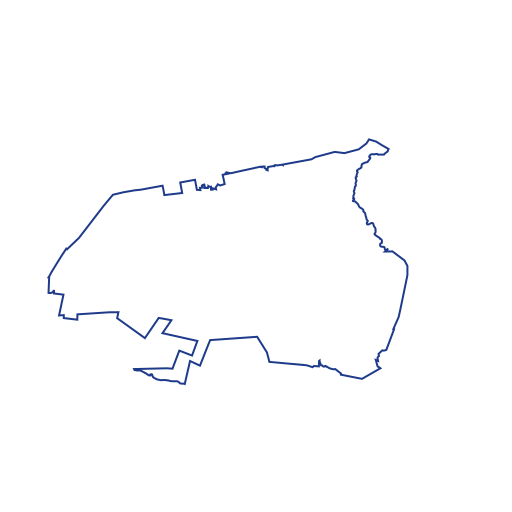 outline of Lerdo, Durango, Mexico, rotated 302°
{"feature_id": "50627088B11643703419483", "entity_name": "Lerdo", "entity_type": "district", "adm_level": 2, "iso_a3": "MEX", "parent_name": "Mexico", "parent_adm1": "Durango", "projection": "mercator", "projection_center": [-103.587, 25.471], "detail": "fine", "context": "isolated", "style": "outline", "palette": "blue", "viewbox_px": 512, "rotation_deg": 302, "n_neighbors": 0, "source": "geoboundaries", "source_scale": "gbopen_adm2", "svg_char_len": 5867}
<svg xmlns="http://www.w3.org/2000/svg" viewBox="0 0 512 512"><g transform="rotate(302 256 256)"><path d="M338.4,344.8L338.9,344.9L339.3,344.8L340.3,344.4L340.6,344.2L341.0,343.8L342.0,343.3L342.3,343.0L342.6,342.6L343.3,341.5L343.6,340.7L343.7,340.4L344.0,339.9L345.2,338.7L345.6,338.0L345.7,337.4L345.6,337.1L345.4,336.7L344.6,336.1L342.3,334.6L342.0,334.2L341.9,333.9L341.8,333.5L342.0,333.0L342.2,332.8L342.8,332.5L343.6,332.3L344.8,332.3L345.0,332.2L345.7,330.3L345.9,330.1L346.7,329.4L347.5,328.6L347.7,328.2L348.1,327.7L349.1,326.9L349.8,326.1L350.2,325.6L350.4,325.2L350.4,324.5L350.6,324.0L350.7,323.4L350.8,323.3L351.6,323.0L352.1,322.2L352.2,321.1L352.3,319.9L352.2,318.6L352.3,318.0L352.8,316.8L353.5,315.8L354.0,315.1L354.2,314.4L354.3,313.4L354.5,313.0L354.7,312.0L354.8,311.3L354.7,311.0L354.1,309.6L354.0,309.2L354.3,308.9L355.1,309.1L356.2,309.1L356.5,309.0L356.7,308.8L356.7,308.7L356.3,308.1L356.3,307.9L357.5,307.4L358.1,307.1L358.7,306.7L359.1,306.6L359.4,306.5L361.3,306.3L361.6,306.0L362.1,305.3L362.5,304.9L362.8,304.6L363.4,304.4L364.1,304.5L364.3,304.4L364.8,304.1L365.6,303.9L366.9,303.3L367.3,303.2L368.2,303.4L368.5,303.4L369.2,303.0L370.0,302.2L370.4,301.9L371.4,301.6L372.5,301.5L373.1,301.3L373.7,300.7L374.0,300.2L375.2,299.0L375.3,299.0L375.6,298.9L375.9,299.0L376.2,299.2L376.5,299.3L376.9,299.2L377.0,299.2L377.3,298.7L377.7,298.5L379.7,297.9L380.7,297.9L381.0,297.7L381.4,296.7L381.8,296.4L382.0,296.4L382.9,296.6L384.6,297.3L385.1,297.7L386.3,298.3L386.7,298.3L387.4,298.3L388.0,297.8L389.0,297.5L389.9,297.2L390.1,297.2L391.3,297.9L392.6,298.7L394.6,300.6L395.2,300.8L399.3,301.1L399.6,301.0L400.0,300.7L400.0,299.8L400.0,299.6L400.1,299.4L400.3,299.3L400.7,299.2L401.0,299.3L401.7,299.3L402.2,299.4L402.7,299.5L403.7,300.3L404.2,301.1L404.8,302.4L405.2,302.7L405.6,303.1L406.5,304.2L406.7,304.7L406.8,304.9L406.6,305.6L406.7,305.9L407.0,306.3L409.0,309.5L409.8,310.8L410.6,310.8L414.2,312.1L414.5,312.2L415.2,312.1L415.4,312.0L415.7,311.8L416.4,311.7L417.0,311.7L416.8,306.2L416.7,304.6L416.7,297.3L414.8,290.1L409.9,290.0L400.9,286.6L390.1,276.5L386.0,267.6L371.3,253.9L367.4,251.8L347.7,230.2L347.3,230.5L347.3,230.4L347.6,230.2L344.2,226.1L343.6,224.8L343.5,224.7L343.2,224.3L342.9,224.2L343.1,224.1L342.9,223.8L342.4,224.1L338.4,219.6L338.0,219.2L338.6,218.8L336.0,219.7L335.2,220.0L334.8,220.4L334.7,220.1L334.6,219.1L335.4,218.9L335.2,218.0L335.2,216.6L335.7,216.1L335.9,216.1L336.4,215.9L335.6,214.4L334.6,214.1L334.5,213.3L334.2,213.4L334.1,212.8L333.8,212.2L331.9,210.2L330.3,208.5L330.0,208.2L329.9,208.2L319.5,197.5L318.2,196.2L314.0,192.0L312.7,190.5L311.3,186.9L311.3,186.7L310.9,186.8L310.5,186.6L310.5,187.5L310.4,187.8L310.4,188.1L307.2,184.7L300.4,191.3L296.8,188.2L296.8,187.6L296.5,185.6L295.3,185.7L292.7,185.5L291.4,186.8L290.4,183.2L290.1,183.2L289.3,184.0L288.4,182.7L290.9,181.1L290.1,180.1L290.1,178.9L289.9,179.1L289.8,178.8L289.4,179.0L289.2,178.9L288.9,178.6L288.1,179.1L286.4,176.3L287.6,175.3L287.9,175.6L288.3,175.2L288.1,175.1L289.1,174.2L287.9,173.1L287.1,172.8L285.5,174.2L284.1,172.3L282.4,173.9L280.8,170.8L288.3,163.9L278.2,152.8L270.3,160.0L259.1,146.0L264.7,140.9L266.1,139.5L251.3,123.3L247.4,118.3L239.6,109.6L232.1,102.2L217.6,100.2L177.6,96.3L161.5,92.2L161.7,91.2L156.4,91.1L154.3,91.0L145.9,91.0L134.4,91.1L129.8,91.4L128.0,91.4L128.3,91.9L114.8,99.6L115.3,100.8L115.7,101.2L116.0,101.7L116.4,101.9L116.8,102.3L117.2,102.6L118.3,102.8L118.9,102.9L119.4,102.9L120.1,102.7L117.2,104.6L121.2,113.2L101.2,120.5L104.0,124.3L101.5,125.9L107.3,138.2L111.9,135.5L130.6,161.5L135.4,169.1L129.7,171.2L127.5,205.3L151.9,206.3L153.7,210.6L156.7,218.3L141.0,217.6L152.9,251.3L137.7,254.5L135.1,241.1L116.2,244.9L113.6,240.0L95.5,212.5L95.1,213.1L95.0,213.3L95.0,213.7L95.5,214.6L95.7,215.4L95.9,215.9L97.0,217.3L97.1,217.7L97.7,219.1L97.8,220.1L98.0,222.9L98.0,224.0L98.2,224.6L98.2,224.8L98.1,225.3L98.0,227.5L98.0,227.9L98.2,229.0L98.6,229.5L98.8,229.5L99.1,229.5L99.6,229.2L100.0,229.7L100.2,229.8L100.3,229.9L100.5,230.3L100.5,230.5L100.4,230.7L100.0,230.9L99.7,231.2L99.6,231.4L99.6,231.7L99.4,232.0L98.9,232.4L98.8,232.6L98.8,233.3L98.7,233.5L98.6,234.8L98.8,235.5L98.8,236.9L99.1,237.9L99.5,239.0L100.1,240.8L101.3,242.7L101.8,243.2L102.6,244.6L103.2,246.0L103.7,246.8L103.8,247.4L104.2,247.9L104.3,248.5L104.5,249.6L104.8,250.3L107.9,255.4L108.2,256.5L108.2,257.5L108.0,258.1L107.8,258.6L107.8,259.2L108.1,260.0L108.4,260.5L108.7,261.1L109.6,262.7L109.7,263.4L132.0,255.7L133.3,266.6L154.5,262.7L160.4,261.7L188.1,299.8L185.9,304.3L180.0,316.4L173.3,323.5L190.2,356.9L191.7,362.9L193.4,363.4L195.7,367.8L200.5,365.1L201.0,365.3L200.5,365.6L197.8,369.0L198.3,369.8L198.2,370.4L198.0,370.8L198.0,371.6L198.2,372.3L198.4,372.5L198.9,372.6L199.2,372.8L199.5,373.1L199.7,373.4L199.5,373.7L199.4,374.2L199.5,374.8L199.8,375.2L199.7,376.0L199.7,377.5L200.1,379.2L200.9,381.6L201.3,382.2L201.9,382.8L202.1,383.1L201.4,390.2L201.2,390.2L201.1,390.3L200.3,390.9L200.3,391.0L200.5,391.3L208.0,411.0L226.7,421.0L226.9,418.8L226.7,418.0L226.8,417.8L227.0,417.4L229.6,414.5L229.9,414.3L231.3,412.7L231.7,415.1L233.6,413.3L234.1,413.0L234.5,412.9L235.6,413.1L236.0,413.1L236.4,413.3L237.9,411.8L242.9,413.1L243.5,414.6L245.4,416.3L267.0,411.9L266.8,411.2L279.9,409.3L287.5,406.6L319.9,394.6L327.8,389.7L330.9,384.3L332.2,369.3L328.2,363.1L332.3,364.3L330.2,363.2L329.8,362.9L329.7,362.5L329.8,362.1L330.2,361.5L331.1,360.8L331.3,360.5L331.5,360.1L331.5,359.7L331.3,359.3L330.6,357.9L330.3,356.9L330.2,356.7L330.3,356.3L330.5,356.0L331.2,355.3L331.8,355.0L332.4,355.0L332.6,355.0L333.7,355.7L334.1,355.7L334.4,355.6L335.3,354.9L335.9,354.5L336.2,354.1L336.4,353.7L336.5,353.3L336.3,352.2L336.4,351.9L336.9,351.3L336.9,350.9L336.9,350.6L336.8,350.2L336.8,349.7L336.9,348.9L336.9,347.5L337.0,345.9L337.2,345.4L337.5,344.9L337.8,344.7L338.4,344.8Z" fill="none" stroke="#1e3a8a" stroke-width="2"/></g></svg>